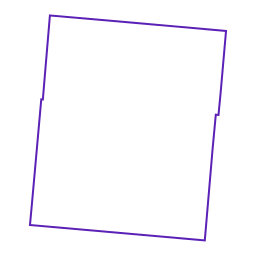 Osage, Kansas, United States of America (Robinson projection), rotated 5°
{"feature_id": "52423323B63227150255975", "entity_name": "Osage", "entity_type": "district", "adm_level": 2, "iso_a3": "USA", "parent_name": "United States of America", "parent_adm1": "Kansas", "projection": "robinson", "projection_center": [-95.723, 38.652], "detail": "fine", "context": "isolated", "style": "outline", "palette": "violet", "viewbox_px": 256, "rotation_deg": 5, "n_neighbors": 0, "source": "geoboundaries", "source_scale": "gbopen_adm2", "svg_char_len": 331}
<svg xmlns="http://www.w3.org/2000/svg" viewBox="0 0 256 256"><g transform="rotate(5 128 128)"><path d="M38.8,233.2L214.3,233.3L214.1,141.9L214.3,107.1L217.0,107.1L217.2,86.1L217.2,44.0L217.2,22.8L145.0,22.7L40.4,22.7L40.6,85.9L40.7,107.0L39.1,107.0L38.9,212.1L38.8,233.2Z" fill="none" stroke="#5b21b6" stroke-width="2"/></g></svg>